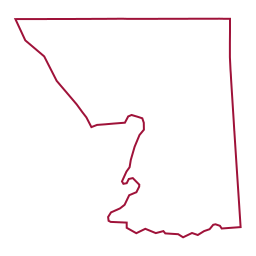 Cecil, United States of America
{"feature_id": "52423323B74434071620295", "entity_name": "Cecil", "entity_type": "district", "adm_level": 2, "iso_a3": "USA", "parent_name": "United States of America", "parent_adm1": "", "projection": "natural_earth1", "projection_center": [-75.942, 39.542], "detail": "fine", "context": "isolated", "style": "outline", "palette": "rose", "viewbox_px": 256, "rotation_deg": 0, "n_neighbors": 0, "source": "geoboundaries", "source_scale": "gbopen_adm2", "svg_char_len": 1146}
<svg xmlns="http://www.w3.org/2000/svg" viewBox="0 0 256 256"><path d="M230.0,18.8L224.6,18.8L219.6,18.7L218.7,18.7L128.5,18.9L121.6,18.7L114.5,18.8L68.1,19.0L62.4,19.0L15.4,19.1L25.3,40.4L44.2,56.4L56.7,80.9L76.7,104.4L82.3,112.1L86.4,117.4L91.4,127.1L97.1,124.9L97.3,124.9L105.3,124.3L113.3,123.6L124.9,122.7L127.9,117.0L128.1,116.5L131.5,115.0L137.4,116.7L142.3,118.3L143.8,122.8L143.8,123.7L143.9,129.7L139.5,135.0L134.6,146.8L130.8,159.9L129.6,167.2L126.5,171.5L122.0,181.4L123.4,183.8L126.7,183.2L128.8,179.0L132.7,178.1L132.8,178.1L139.3,184.7L139.2,185.9L139.2,186.6L136.4,192.2L129.2,195.2L124.6,204.8L120.0,208.4L111.0,212.4L108.1,217.0L108.6,220.8L110.7,221.9L126.7,222.6L126.7,227.8L136.3,233.2L145.3,228.8L155.8,233.1L163.4,231.1L165.3,233.4L178.2,234.2L183.1,237.3L192.0,233.0L197.8,235.0L204.1,231.1L209.6,229.2L213.2,224.8L215.5,224.3L219.9,225.8L221.7,228.5L240.6,227.1L239.1,203.9L236.5,164.6L234.4,132.1L234.4,131.6L234.3,131.0L233.8,122.5L231.5,86.0L231.1,79.6L230.8,74.0L230.5,69.8L230.2,63.4L229.9,57.2L229.9,49.5L229.9,43.6L229.9,42.9L230.0,32.0L230.0,31.8L230.0,18.8Z" fill="none" stroke="#9f1239" stroke-width="2"/></svg>